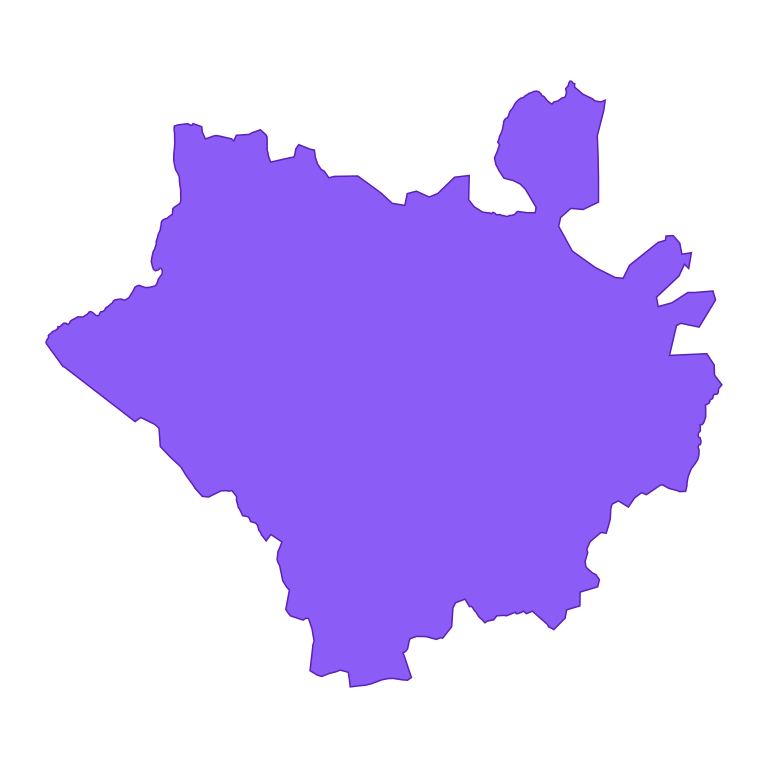 Ganjuwa, Bauchi, Nigeria (Equal Earth projection)
{"feature_id": "59680162B89766877463651", "entity_name": "Ganjuwa", "entity_type": "district", "adm_level": 2, "iso_a3": "NGA", "parent_name": "Nigeria", "parent_adm1": "Bauchi", "projection": "equal_earth", "projection_center": [9.981, 10.738], "detail": "fine", "context": "isolated", "style": "filled", "palette": "violet", "viewbox_px": 768, "rotation_deg": 0, "n_neighbors": 0, "source": "geoboundaries", "source_scale": "gbopen_adm2", "svg_char_len": 6057}
<svg xmlns="http://www.w3.org/2000/svg" viewBox="0 0 768 768"><path d="M548.6,626.9L551.5,628.2L553.8,629.6L565.1,618.2L566.7,609.8L579.9,605.9L580.1,592.1L597.7,586.8L599.4,579.7L595.9,574.6L592.5,573.0L587.0,568.1L585.7,566.2L585.2,561.1L587.7,552.6L586.8,549.2L590.1,541.8L593.3,538.9L600.9,532.5L606.2,533.2L608.8,524.7L610.3,518.8L610.8,508.8L612.0,504.2L618.4,500.9L628.4,507.1L634.6,497.9L641.6,492.7L646.4,494.7L661.0,484.7L663.1,485.2L668.9,488.4L677.6,490.7L679.4,491.6L685.6,491.4L686.9,486.0L687.1,482.1L688.2,476.5L691.3,468.6L694.7,464.3L697.6,459.9L698.9,455.2L699.1,450.0L698.1,447.2L698.5,445.9L699.0,444.7L699.6,444.5L700.3,444.6L700.8,443.1L701.0,440.4L700.4,439.4L700.3,438.0L699.4,437.4L698.7,437.2L698.2,436.2L698.2,434.7L698.6,433.2L699.3,431.8L700.0,431.5L700.5,429.8L700.0,428.7L700.5,427.6L700.2,426.4L699.8,425.4L700.3,424.6L702.2,424.7L703.8,422.5L705.7,417.0L705.7,409.5L705.5,405.2L708.9,403.2L709.9,401.5L709.6,400.5L711.1,399.3L712.3,398.8L713.0,397.6L713.1,395.8L714.4,394.1L715.7,394.3L717.0,394.2L718.0,393.0L718.5,390.8L718.7,388.4L719.7,387.5L721.9,384.8L714.5,375.1L714.2,365.0L706.8,353.7L669.5,355.4L676.5,325.6L680.9,323.3L699.1,327.1L715.6,299.9L713.5,293.1L713.0,291.0L694.5,292.5L687.9,292.5L671.9,302.8L658.2,306.6L656.5,297.2L678.9,276.1L684.5,264.2L688.7,268.5L691.4,252.7L681.9,254.2L679.8,243.2L673.2,235.6L666.0,236.0L665.5,240.3L658.2,242.4L629.6,265.2L623.1,278.3L615.1,277.5L595.4,267.6L572.3,251.1L558.7,226.3L560.6,217.5L570.8,208.4L583.1,209.5L598.5,202.1L598.5,178.1L598.0,153.5L597.3,135.7L603.7,110.9L605.2,100.2L600.9,101.9L594.8,100.9L593.1,99.1L582.9,94.2L574.6,87.1L574.7,83.7L572.9,83.1L572.1,81.9L571.0,81.1L569.9,81.2L568.9,82.8L568.1,85.8L565.7,88.6L565.9,90.0L566.5,92.0L565.7,95.6L565.1,96.9L563.4,97.7L561.6,98.1L558.1,100.9L553.7,102.0L552.1,104.0L550.7,103.5L547.2,100.5L545.4,98.4L544.2,96.7L543.2,96.1L541.9,95.7L541.1,94.0L538.8,91.7L536.7,91.1L534.0,91.4L531.2,92.7L528.8,93.4L527.0,94.9L525.3,95.7L523.2,97.7L520.7,98.2L518.8,99.6L516.2,102.1L515.1,103.6L512.5,108.3L509.9,111.5L508.9,114.2L508.3,116.3L507.5,117.6L505.5,118.7L504.4,120.1L503.8,121.4L503.2,125.6L502.4,129.7L500.8,133.9L499.5,136.3L499.1,138.5L497.7,142.2L499.5,144.7L497.1,151.8L494.5,157.9L495.8,164.4L499.2,170.9L504.0,178.2L513.4,180.6L520.0,183.9L525.4,189.2L535.9,207.0L535.9,207.3L536.1,207.7L535.2,212.7L527.8,212.8L517.6,211.5L516.2,212.5L514.8,214.4L511.9,215.4L509.8,215.4L507.6,216.4L506.2,216.4L503.3,215.5L501.9,215.6L500.5,214.6L496.2,214.7L494.9,213.2L493.0,212.3L491.2,213.8L489.8,212.9L488.4,212.9L482.6,212.1L474.0,206.6L468.7,199.7L469.2,175.5L454.6,177.2L437.7,193.6L429.1,197.0L416.4,191.2L407.3,193.6L404.8,205.4L392.2,203.3L381.0,193.0L357.8,176.0L334.2,176.4L328.8,177.8L324.3,171.2L321.1,169.4L317.5,163.8L315.3,157.2L314.4,150.0L309.8,149.1L298.7,144.6L295.8,148.9L294.8,154.5L294.0,157.0L288.7,158.0L270.6,162.1L268.3,155.6L267.9,152.5L267.2,150.6L267.1,137.2L265.9,134.7L260.4,129.8L252.4,132.6L249.2,134.4L236.3,135.3L233.8,140.9L231.5,138.8L218.3,135.8L215.9,135.6L213.6,136.0L205.4,138.9L202.2,131.9L202.1,129.6L201.7,126.7L193.1,123.6L191.9,125.2L190.8,125.4L189.4,124.5L187.7,123.7L178.0,124.9L174.3,126.1L174.1,130.0L174.6,133.4L174.6,137.8L174.8,142.5L174.4,149.0L173.8,154.0L173.7,159.4L174.1,162.9L175.7,169.9L177.7,173.2L179.3,176.9L179.5,181.9L180.0,185.9L180.7,189.9L180.7,196.5L180.9,199.3L180.6,201.8L179.9,203.4L177.8,204.9L174.9,206.8L172.9,208.5L172.5,211.9L172.5,213.2L172.3,214.5L171.1,215.0L168.2,217.3L167.2,218.3L165.5,218.7L163.5,219.6L162.2,220.6L161.3,222.4L161.0,225.6L160.4,227.9L160.4,229.4L159.3,232.2L158.3,234.1L157.1,238.8L156.1,241.6L156.4,243.0L156.0,244.9L155.2,247.2L154.6,249.3L153.2,251.5L151.9,257.3L151.3,261.5L152.4,266.2L153.4,269.1L155.4,270.8L158.4,269.9L159.8,268.4L161.0,268.3L162.1,269.9L162.3,270.9L162.1,274.0L159.1,278.0L158.2,279.5L157.5,282.0L156.3,284.4L155.4,285.8L149.8,287.3L145.5,287.6L143.0,286.8L139.0,285.3L136.7,286.1L134.9,287.3L133.0,291.1L130.0,296.0L128.7,297.8L125.3,300.0L123.0,299.9L121.5,299.0L118.8,299.2L114.9,299.9L113.5,300.9L112.1,303.2L110.6,304.1L108.1,306.5L105.4,308.1L105.3,309.2L104.4,310.5L102.4,311.6L100.8,311.8L99.9,313.1L99.2,314.6L98.6,315.7L96.1,315.5L93.4,313.1L91.8,312.0L90.1,311.6L89.0,312.1L88.5,312.9L87.1,314.4L85.2,315.5L82.8,317.1L77.8,316.8L75.6,318.2L72.1,319.9L70.3,321.2L69.6,323.1L68.1,324.3L67.0,324.3L66.6,323.4L64.3,323.1L63.2,323.4L62.7,324.3L61.3,325.1L60.4,326.5L59.8,326.8L58.0,326.5L57.8,327.4L58.1,328.6L56.5,329.4L55.8,330.2L54.5,330.9L53.0,331.2L49.9,334.2L48.6,335.1L48.3,335.8L48.6,337.0L48.2,338.2L47.3,339.1L46.1,341.9L46.2,343.4L63.1,366.7L64.0,366.7L135.1,421.6L140.7,417.5L154.3,424.1L155.9,425.4L159.0,428.3L160.3,446.6L171.1,457.9L180.8,466.8L186.0,475.3L194.5,487.1L194.5,487.7L202.3,496.4L208.7,497.0L221.2,490.8L227.2,490.7L228.4,491.2L231.9,490.6L236.7,496.7L236.4,499.9L238.5,508.0L238.9,508.2L239.3,508.6L242.7,515.7L247.8,516.6L249.4,518.3L250.5,521.5L255.8,523.2L257.6,525.5L258.6,529.3L258.6,529.9L260.7,532.8L261.5,535.1L262.1,535.6L266.2,540.9L270.9,534.5L281.9,541.9L280.2,546.5L278.0,551.5L277.1,559.6L277.9,562.1L279.7,565.8L282.8,580.8L286.6,587.1L289.4,590.0L285.8,609.4L288.2,613.1L290.5,615.9L303.2,620.1L305.5,618.4L308.5,618.4L312.0,628.8L314.1,641.0L312.8,645.2L312.8,646.5L310.0,670.7L317.1,675.0L321.6,676.5L329.7,673.3L335.3,672.0L340.2,670.1L348.3,672.3L349.5,680.3L350.2,686.9L357.3,686.0L365.6,685.2L371.3,683.8L381.9,679.8L388.1,678.6L393.1,678.4L402.8,679.9L407.6,680.2L411.4,677.5L405.1,658.6L403.0,652.6L404.4,652.2L405.9,651.2L407.6,648.8L409.3,640.6L410.2,638.6L416.6,636.4L426.1,636.6L436.4,639.4L440.5,637.7L442.7,638.2L451.7,626.7L452.9,608.2L455.5,602.8L465.0,599.1L469.5,606.6L471.0,606.4L472.4,607.2L474.2,610.3L475.9,612.0L478.8,616.8L482.3,619.9L484.9,622.8L487.3,621.1L493.6,619.9L496.9,615.8L503.9,615.4L506.5,615.8L514.6,612.5L515.3,612.3L515.8,613.3L517.0,613.8L519.5,613.1L521.4,612.3L522.1,612.0L523.4,611.1L526.3,613.7L532.4,611.2L547.5,624.5L548.6,626.9Z" fill="#8b5cf6" stroke="#5b21b6" stroke-width="1.5"/></svg>